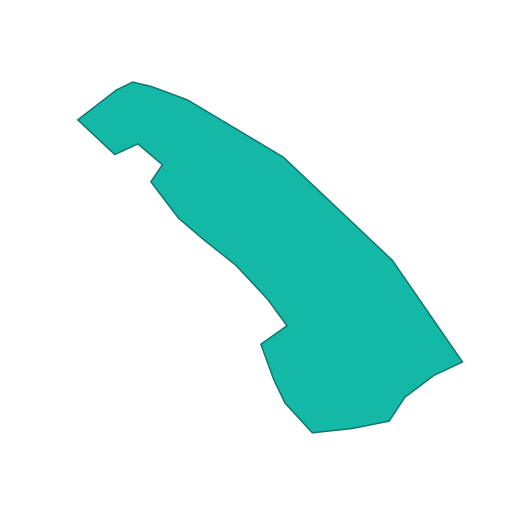 SVG path tracing the border of Charlotte, rotated 313°
{"feature_id": "VCT-5063", "entity_name": "Charlotte", "entity_type": "Parish", "adm_level": 1, "iso_a3": "VCT", "parent_name": "Saint Vincent and the Grenadines", "parent_adm1": "", "projection": "orthographic", "projection_center": [-61.165, 13.289], "detail": "fine", "context": "isolated", "style": "filled", "palette": "teal", "viewbox_px": 512, "rotation_deg": 313, "n_neighbors": 0, "source": "natural_earth", "source_scale": "10m", "svg_char_len": 487}
<svg xmlns="http://www.w3.org/2000/svg" viewBox="0 0 512 512"><g transform="rotate(313 256 256)"><path d="M234.0,32.8L281.8,40.6L299.0,47.1L308.5,63.6L323.4,99.4L346.9,208.5L345.8,358.8L319.3,479.2L290.2,467.6L254.2,461.2L226.1,466.0L194.8,443.5L182.7,433.0L165.1,417.8L168.2,377.6L177.6,353.5L194.8,319.7L226.1,326.2L232.3,294.0L235.5,247.4L232.3,207.2L230.8,173.5L238.6,128.5L258.9,125.3L257.4,93.1L233.9,83.5L234.0,32.8Z" fill="#14b8a6" stroke="#0f766e" stroke-width="1.5"/></g></svg>